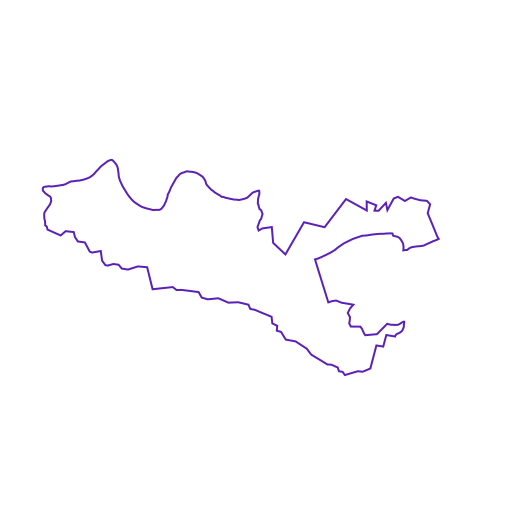 outline of Wujal Wujal, Queensland, Australia, rotated 66°
{"feature_id": "25037944B81164112312357", "entity_name": "Wujal Wujal", "entity_type": "district", "adm_level": 2, "iso_a3": "AUS", "parent_name": "Australia", "parent_adm1": "Queensland", "projection": "robinson", "projection_center": [145.313, -15.966], "detail": "fine", "context": "isolated", "style": "outline", "palette": "violet", "viewbox_px": 512, "rotation_deg": 66, "n_neighbors": 0, "source": "geoboundaries", "source_scale": "gbopen_adm2", "svg_char_len": 4233}
<svg xmlns="http://www.w3.org/2000/svg" viewBox="0 0 512 512"><g transform="rotate(66 256 256)"><path d="M275.2,77.4L274.1,79.2L273.5,80.4L271.7,83.5L267.7,88.4L265.5,90.7L266.3,97.6L259.7,102.2L259.5,106.8L267.5,117.3L260.3,115.7L264.5,125.6L262.8,129.3L258.6,125.5L251.2,132.7L259.5,136.3L240.6,150.6L257.6,181.6L244.7,198.4L266.5,228.5L251.0,235.0L236.0,229.8L233.4,238.9L233.8,243.2L232.9,243.1L230.3,242.9L229.7,242.5L227.6,240.4L226.0,238.8L225.3,238.3L224.7,237.4L224.1,236.1L222.9,235.2L220.3,232.9L218.5,232.9L216.7,232.6L215.8,232.9L214.5,233.7L213.3,233.5L211.4,233.3L210.7,232.9L210.2,232.9L209.3,233.1L208.5,232.9L208.2,232.6L206.4,231.8L204.5,230.8L203.4,229.8L202.1,228.9L201.4,228.2L200.5,227.7L200.1,227.3L198.6,226.9L197.9,226.6L197.5,226.7L197.3,227.2L197.1,228.4L196.8,231.7L196.8,233.5L198.2,237.4L199.2,240.4L199.1,242.5L198.5,246.2L197.9,248.9L196.8,250.5L195.8,252.6L193.9,255.4L190.1,260.5L189.0,261.5L187.8,263.5L185.9,264.4L183.0,266.6L181.0,267.9L178.4,269.1L177.8,269.7L173.8,271.2L171.1,272.0L169.9,272.2L168.8,272.0L166.8,271.7L164.1,272.0L161.8,272.6L159.5,274.0L156.8,275.8L155.2,277.4L153.8,279.1L152.5,281.3L151.6,282.9L150.4,285.0L150.3,287.7L150.0,290.2L150.3,292.4L150.9,293.9L151.4,294.6L151.8,296.0L152.8,297.7L155.6,301.5L158.9,305.9L162.4,309.5L163.9,311.6L165.8,312.7L167.5,314.3L169.1,315.7L172.5,319.6L174.4,323.3L174.6,325.4L172.9,329.2L172.4,331.0L167.7,337.0L164.8,340.2L162.7,341.8L158.6,344.4L156.9,345.4L154.1,346.5L149.7,347.8L145.8,348.5L142.5,348.9L138.0,349.5L131.7,349.6L127.4,349.0L125.3,348.2L119.8,346.6L117.6,346.3L115.8,346.4L112.7,347.2L111.2,347.7L109.6,348.5L109.2,349.5L109.0,352.6L110.8,360.3L111.6,362.5L112.7,364.9L113.8,367.7L115.2,370.6L116.0,373.3L116.5,376.1L116.4,379.8L116.0,383.0L115.3,386.6L114.1,389.9L113.4,392.6L112.7,394.3L112.6,396.7L112.9,400.9L112.6,403.2L111.5,407.3L110.6,410.5L109.3,414.7L108.2,416.4L107.2,419.6L106.7,421.2L106.8,422.4L107.4,423.2L108.6,423.8L109.9,424.0L111.4,423.5L113.0,423.0L114.9,421.9L116.4,421.0L117.7,420.1L119.0,419.7L120.1,419.9L122.4,420.7L124.2,422.3L125.5,423.9L127.0,426.5L128.4,428.8L130.1,431.4L131.1,432.2L132.8,433.0L135.4,434.0L138.7,434.7L141.1,435.6L142.4,436.1L144.0,435.2L147.1,435.7L157.8,426.1L155.9,419.8L160.0,412.8L165.2,413.7L170.3,412.8L174.0,406.8L184.3,406.1L186.2,404.4L188.3,395.8L197.7,398.5L203.1,397.3L204.4,395.5L205.3,389.5L208.1,385.1L212.9,383.7L216.3,378.5L217.5,368.1L222.0,360.0L244.3,364.0L250.5,344.7L254.8,342.4L256.8,337.6L265.6,323.1L271.9,322.5L275.9,317.8L279.3,307.6L287.4,300.2L291.0,291.1L297.4,282.7L302.0,282.8L304.5,279.2L317.9,266.5L324.2,268.5L328.4,265.0L332.7,267.4L335.5,264.0L344.5,262.8L350.1,254.6L361.4,247.3L368.5,245.7L384.1,234.9L385.9,231.4L391.1,226.7L395.0,227.1L397.1,224.0L400.9,223.2L402.7,209.8L405.1,205.7L405.3,197.3L386.7,182.4L390.5,176.6L381.2,169.1L386.1,161.7L385.6,161.3L385.3,161.0L384.8,160.0L384.5,158.7L384.6,157.5L384.5,156.3L384.4,155.1L384.0,153.6L383.5,152.5L382.2,151.1L380.6,149.6L379.3,149.1L376.5,147.3L376.3,147.3L376.1,147.6L376.0,148.1L376.1,148.6L376.1,149.0L376.0,149.4L376.1,149.9L376.2,150.3L376.3,151.1L376.5,152.0L376.6,154.2L376.0,155.8L375.4,157.4L374.8,158.3L374.6,158.9L374.1,159.7L373.4,161.2L372.8,161.9L372.2,162.7L371.3,163.7L372.2,166.0L376.6,177.3L372.8,188.4L371.1,188.8L365.5,188.8L363.0,189.4L359.0,198.1L355.3,198.2L353.2,196.7L350.1,195.0L345.4,195.4L342.1,191.3L340.1,186.9L339.1,188.3L333.5,196.8L329.3,200.9L328.2,204.7L327.8,208.8L288.9,204.2L285.7,203.8L283.1,203.4L283.5,200.9L283.6,197.2L283.5,192.7L283.3,187.2L282.6,181.5L281.6,178.1L280.2,170.7L279.8,160.8L280.3,155.0L280.7,150.8L282.3,146.3L283.4,142.1L284.7,137.8L285.8,134.7L286.8,132.2L287.3,131.2L287.7,130.1L288.4,128.0L289.8,124.4L290.9,122.2L293.3,122.4L295.3,119.8L296.4,118.6L297.8,117.6L300.1,117.0L303.3,116.6L305.5,116.8L308.1,117.7L310.8,119.1L311.5,116.6L311.8,115.9L312.0,115.4L311.6,114.2L311.3,112.7L311.2,111.0L311.4,109.8L311.8,108.1L312.2,106.8L312.7,104.9L313.5,102.9L314.1,100.8L314.4,99.7L314.7,98.4L314.6,96.1L314.6,94.9L314.6,93.5L314.6,90.2L314.5,87.7L314.7,86.7L314.7,84.9L314.8,83.4L314.7,82.1L312.4,82.5L296.9,82.0L291.4,81.9L286.7,81.7L279.6,75.9L275.2,77.4Z" fill="none" stroke="#5b21b6" stroke-width="2"/></g></svg>